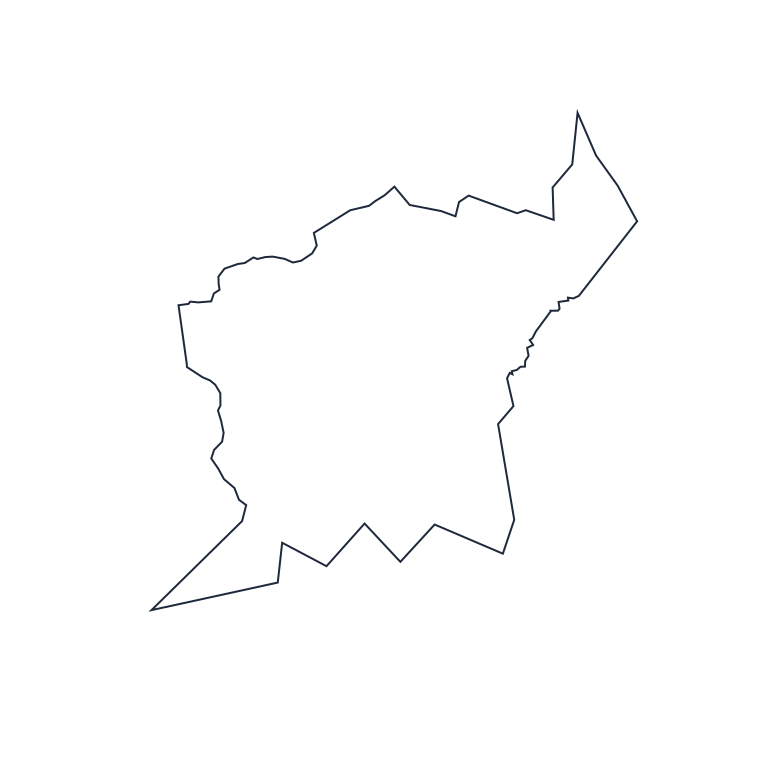 Mt Hagen District, Western Highlands, Papua New Guinea (Robinson projection), rotated 342°
{"feature_id": "67681753B59339581313585", "entity_name": "Mt Hagen District", "entity_type": "district", "adm_level": 2, "iso_a3": "PNG", "parent_name": "Papua New Guinea", "parent_adm1": "Western Highlands", "projection": "robinson", "projection_center": [144.241, -5.844], "detail": "fine", "context": "isolated", "style": "outline", "palette": "slate", "viewbox_px": 768, "rotation_deg": 342, "n_neighbors": 0, "source": "geoboundaries", "source_scale": "gbopen_adm2", "svg_char_len": 1329}
<svg xmlns="http://www.w3.org/2000/svg" viewBox="0 0 768 768"><g transform="rotate(342 384 384)"><path d="M651.9,185.9L630.9,233.3L605.1,249.2L596.1,280.3L572.5,262.5L563.3,262.7L522.7,231.0L511.6,234.1L503.8,246.6L491.8,237.2L463.8,221.7L456.4,203.4L454.9,199.5L442.9,204.7L432.3,207.3L424.9,209.9L405.7,208.3L364.0,218.6L362.8,231.6L356.0,237.6L343.2,241.2L334.9,240.3L328.2,234.3L317.4,228.4L310.3,226.6L302.2,226.0L298.9,223.3L289.0,225.9L282.1,224.7L268.0,225.0L259.7,230.7L257.7,237.7L256.7,243.6L250.2,245.3L245.2,252.0L232.6,249.0L225.2,245.8L222.8,247.4L212.9,245.6L202.8,303.0L201.9,307.1L209.0,315.9L213.6,321.6L219.6,326.8L223.3,332.6L225.5,342.1L221.8,353.9L217.9,357.9L217.7,368.7L216.4,380.9L212.2,388.8L202.0,394.2L196.7,401.5L200.2,413.2L202.4,425.0L209.6,436.7L210.3,449.3L215.5,456.6L206.7,470.5L93.0,527.2L221.6,540.0L238.1,503.5L273.0,539.5L322.4,510.7L344.6,558.2L388.7,533.3L444.6,582.1L465.9,553.4L480.1,457.4L500.3,445.0L502.8,416.6L507.0,412.3L509.2,414.4L509.5,411.3L514.6,411.7L519.1,409.8L523.4,411.0L525.5,405.6L530.2,401.9L531.3,393.8L537.9,393.0L536.2,387.2L539.3,386.3L544.7,380.9L565.0,366.4L565.0,365.8L572.1,368.0L574.2,366.7L575.4,359.9L585.1,361.6L585.6,358.7L590.5,361.1L596.5,360.4L675.0,307.5L667.5,267.5L656.3,232.3L651.9,185.9Z" fill="none" stroke="#1e293b" stroke-width="2"/></g></svg>